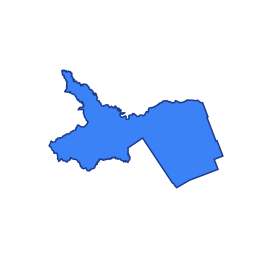 the district of Orán, Salta, Argentina, rotated 326°
{"feature_id": "61730980B46256753723149", "entity_name": "Orán", "entity_type": "district", "adm_level": 2, "iso_a3": "ARG", "parent_name": "Argentina", "parent_adm1": "Salta", "projection": "orthographic", "projection_center": [-64.349, -23.348], "detail": "fine", "context": "isolated", "style": "filled", "palette": "blue", "viewbox_px": 256, "rotation_deg": 326, "n_neighbors": 0, "source": "geoboundaries", "source_scale": "gbopen_adm2", "svg_char_len": 5781}
<svg xmlns="http://www.w3.org/2000/svg" viewBox="0 0 256 256"><g transform="rotate(326 128 128)"><path d="M120.4,82.6L120.2,82.4L120.6,81.5L120.4,81.0L119.9,81.2L119.5,81.7L119.1,81.5L118.5,81.7L118.1,80.5L118.3,79.9L118.9,80.6L119.2,80.5L119.3,78.2L119.0,75.7L118.6,75.2L117.9,75.0L117.8,73.8L118.2,73.1L118.4,71.9L118.0,71.0L118.2,70.1L117.8,68.6L116.1,67.0L115.2,67.4L115.2,66.7L114.5,66.4L114.2,66.5L113.8,67.0L113.3,66.5L113.0,66.7L112.5,66.6L112.7,66.2L113.6,65.9L113.4,65.7L113.0,65.8L112.9,65.2L112.8,64.4L113.2,63.8L113.2,63.3L111.3,62.6L111.1,61.8L111.5,60.5L109.9,59.9L109.6,59.2L109.0,58.8L109.2,58.5L109.6,58.4L110.4,58.7L110.6,58.3L110.5,57.9L109.9,58.2L109.7,58.0L109.6,57.3L110.3,56.4L110.4,55.2L110.1,54.8L110.5,53.8L110.1,53.6L110.0,53.2L111.1,52.7L111.9,51.4L112.0,50.9L111.3,50.4L111.6,49.7L111.7,49.0L110.5,48.5L110.4,47.7L110.1,47.3L108.4,47.3L108.1,46.7L108.7,45.8L108.4,45.6L107.6,45.7L107.3,45.3L107.4,44.8L107.3,44.4L106.6,44.5L106.5,44.0L106.0,44.2L105.8,43.5L105.4,43.4L104.7,44.5L104.5,45.6L104.0,46.0L103.9,46.7L103.4,47.4L104.3,49.0L104.1,49.4L103.5,49.7L103.7,50.3L103.3,51.2L103.6,53.0L103.0,54.4L103.3,54.8L103.4,55.6L102.2,56.6L101.8,57.2L101.6,57.8L100.6,58.7L100.7,59.6L99.8,59.9L99.5,61.0L96.8,62.0L96.1,62.4L96.0,62.7L96.2,63.1L96.6,63.0L97.3,63.5L97.6,64.2L99.0,65.2L99.2,65.8L99.9,65.5L100.4,65.8L100.1,66.6L100.3,67.6L102.0,69.9L102.4,70.9L102.2,72.2L102.3,73.8L101.8,75.9L102.7,76.9L102.0,77.3L102.0,77.5L102.7,78.2L102.9,79.0L102.7,79.5L103.2,79.6L103.4,80.1L103.8,80.2L103.5,80.9L104.0,81.0L104.7,80.6L105.0,81.2L103.7,82.2L104.5,83.0L104.3,83.5L103.8,83.9L104.2,84.1L104.0,85.0L103.0,85.0L102.0,85.6L101.4,85.6L101.0,84.7L99.7,84.1L97.9,84.4L97.1,85.0L99.3,86.3L101.4,88.1L101.2,88.7L99.3,90.6L99.1,92.4L98.2,94.5L98.3,96.8L97.8,98.0L98.0,98.4L97.9,98.8L98.3,99.4L98.0,99.8L98.1,100.9L97.8,100.8L96.7,101.6L96.3,101.6L94.9,102.2L92.0,102.5L89.9,100.9L88.7,98.2L88.2,97.6L87.7,97.4L86.5,98.6L85.3,98.6L85.0,99.1L84.0,99.6L83.8,100.2L83.1,100.3L81.1,99.6L78.4,99.4L77.9,99.4L76.5,100.1L75.0,99.5L74.5,98.9L73.1,98.6L72.9,98.8L72.3,98.9L71.5,98.5L70.3,98.8L69.8,98.3L68.0,99.1L67.3,98.6L66.2,98.5L66.0,98.0L64.2,97.2L63.4,97.6L62.2,97.2L61.8,97.4L61.3,98.2L60.8,98.2L59.7,98.8L57.9,98.0L57.2,96.2L56.6,96.0L54.9,97.5L52.8,98.5L52.7,99.8L53.5,100.8L53.0,102.9L53.1,104.8L53.4,105.5L52.6,107.2L52.7,107.7L53.9,108.2L55.0,109.4L54.7,110.3L53.2,113.4L52.5,113.8L52.3,114.9L52.5,115.8L52.0,116.8L53.1,116.9L54.8,116.4L55.0,116.0L55.4,116.1L55.9,117.0L55.9,118.7L57.4,119.9L57.7,121.3L58.7,122.2L60.0,121.5L62.2,122.0L62.9,121.6L63.3,120.6L63.8,120.4L64.1,120.6L64.7,122.4L65.3,122.9L65.4,123.5L66.8,124.4L68.0,126.7L67.6,128.5L68.7,129.2L67.8,130.7L68.0,132.1L67.1,133.1L67.2,133.6L67.7,134.0L67.4,135.4L68.0,136.0L68.3,136.9L70.8,137.7L70.4,139.9L70.5,140.7L71.2,141.4L71.7,141.4L72.2,141.9L72.8,141.9L72.9,141.6L73.5,141.4L74.3,141.7L75.3,141.6L76.5,142.3L78.2,142.3L80.5,140.3L81.3,140.4L81.4,140.8L82.3,140.7L82.5,139.6L82.9,139.9L83.5,139.3L83.7,139.5L84.5,139.0L84.7,139.3L84.9,138.9L85.4,139.0L85.9,138.7L86.1,138.9L86.4,138.7L86.3,138.4L86.5,138.3L86.4,138.1L87.2,138.0L87.3,138.4L87.7,138.3L87.7,138.6L88.7,139.3L88.9,139.7L89.2,139.7L89.1,139.9L89.3,140.0L89.2,140.1L89.4,140.7L89.8,141.1L91.2,141.3L91.5,141.6L91.7,141.3L92.7,141.9L93.7,142.0L93.7,142.6L94.3,142.5L94.9,142.9L94.8,143.0L95.0,143.3L95.6,143.3L95.7,143.7L96.2,143.9L96.7,143.7L97.1,144.1L97.7,143.4L97.9,143.6L97.9,144.0L98.5,144.2L99.1,143.9L99.9,145.0L100.8,144.8L101.0,145.0L100.7,145.4L100.9,145.9L100.7,146.4L101.3,146.5L101.4,147.0L102.1,147.3L102.0,147.8L102.4,147.9L103.0,148.6L104.2,149.3L104.1,150.3L104.4,150.6L104.8,151.8L105.7,152.6L105.7,153.4L106.1,153.1L106.3,153.5L106.6,153.3L107.6,153.7L107.7,154.0L106.8,154.0L106.9,154.6L108.5,155.2L108.5,156.1L108.8,156.4L109.7,155.7L111.8,155.2L112.4,154.0L113.1,153.7L113.4,153.1L113.0,152.0L113.8,150.9L113.8,150.6L113.0,150.4L113.0,149.9L114.0,149.2L114.6,147.7L116.0,146.3L116.6,144.5L134.5,144.5L134.1,198.5L134.7,199.4L134.6,202.4L135.0,204.7L149.5,205.6L179.5,212.6L181.9,202.2L191.0,204.3L194.7,188.4L193.6,188.2L199.4,163.2L200.5,163.5L204.0,148.7L202.6,147.8L201.9,146.2L201.7,144.5L201.1,144.0L198.6,142.7L197.3,141.3L195.3,139.8L194.2,139.3L193.4,138.2L192.3,138.2L191.7,137.6L190.2,137.9L187.9,137.4L187.0,137.1L186.1,136.3L185.3,136.2L182.9,132.0L181.9,132.1L181.0,132.9L180.4,132.8L179.5,132.3L178.8,132.3L177.6,129.7L176.4,129.4L176.5,128.7L175.7,128.1L175.5,127.1L174.8,126.7L173.7,126.4L173.2,125.6L171.2,125.3L170.7,125.5L170.4,125.9L167.7,125.0L166.8,125.6L166.0,125.3L164.6,125.4L163.6,125.3L162.6,125.6L161.9,125.0L160.7,125.0L158.3,124.0L157.5,123.8L156.7,123.3L155.1,124.2L154.5,125.5L153.6,126.0L153.3,126.0L153.0,125.1L152.5,124.8L149.8,126.0L148.0,126.5L147.5,126.2L146.3,124.7L145.1,124.1L142.7,124.1L142.1,123.9L141.8,123.2L141.8,121.9L141.4,121.0L141.2,119.8L140.3,118.8L139.7,118.7L139.4,119.5L138.9,119.7L136.5,118.3L136.0,118.2L135.4,118.5L134.1,120.7L133.0,120.8L131.8,120.2L131.6,119.9L131.6,119.3L132.7,117.6L132.6,116.5L129.6,116.1L128.6,115.3L128.3,114.4L128.6,112.7L129.4,111.8L130.2,112.8L131.0,113.3L132.4,113.7L133.6,113.6L133.1,113.0L131.9,112.4L131.0,112.2L130.4,111.8L130.5,111.2L131.7,109.9L132.3,108.9L131.9,108.5L130.9,108.5L130.2,109.2L129.9,109.2L130.1,108.6L131.3,107.8L131.5,106.6L130.9,106.2L130.0,107.4L129.7,107.4L129.5,107.2L129.5,106.5L130.4,106.0L129.9,105.2L130.0,103.9L129.7,102.7L129.4,102.6L129.0,103.7L128.2,102.9L127.5,103.5L127.2,103.4L126.4,100.7L125.2,100.8L123.9,100.5L124.4,98.8L124.4,98.0L123.4,96.8L121.4,96.4L120.7,96.0L119.5,96.0L118.8,94.9L118.7,93.3L119.3,92.5L119.1,91.7L118.6,90.8L119.3,89.4L118.0,88.2L117.9,87.2L119.5,85.9L119.6,84.9L120.0,84.3L119.7,83.2L120.4,82.6Z" fill="#3b82f6" stroke="#1e3a8a" stroke-width="1.5"/></g></svg>